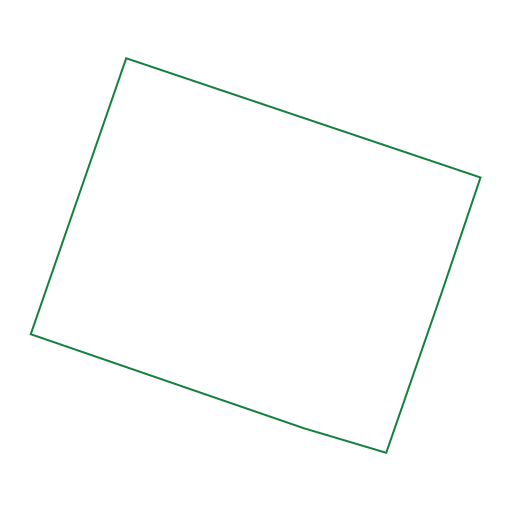 Davison, South Dakota, United States of America, rotated 289°
{"feature_id": "52423323B35289781006587", "entity_name": "Davison", "entity_type": "district", "adm_level": 2, "iso_a3": "USA", "parent_name": "United States of America", "parent_adm1": "South Dakota", "projection": "equal_earth", "projection_center": [-98.192, 43.675], "detail": "fine", "context": "isolated", "style": "outline", "palette": "green", "viewbox_px": 512, "rotation_deg": 289, "n_neighbors": 0, "source": "geoboundaries", "source_scale": "gbopen_adm2", "svg_char_len": 247}
<svg xmlns="http://www.w3.org/2000/svg" viewBox="0 0 512 512"><g transform="rotate(289 256 256)"><path d="M108.7,68.5L108.7,357.2L112.3,443.2L280.5,443.5L403.3,442.7L400.7,68.9L108.7,68.5Z" fill="none" stroke="#15803d" stroke-width="2"/></g></svg>